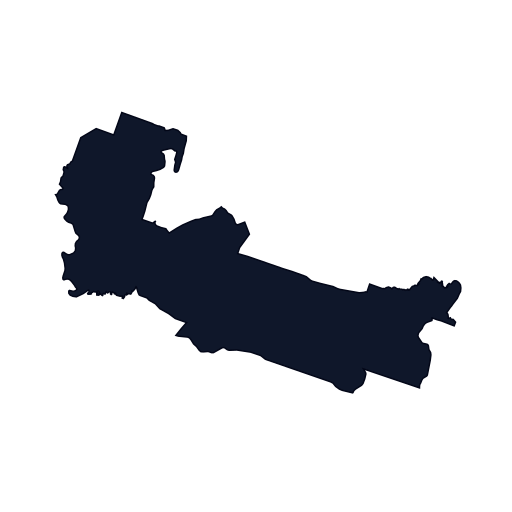 the district of Liverpool, New South Wales, Australia, rotated 190°
{"feature_id": "25037944B81685478885528", "entity_name": "Liverpool", "entity_type": "district", "adm_level": 2, "iso_a3": "AUS", "parent_name": "Australia", "parent_adm1": "New South Wales", "projection": "albers", "projection_center": [150.793, -33.953], "detail": "fine", "context": "isolated", "style": "filled", "palette": "ink", "viewbox_px": 512, "rotation_deg": 190, "n_neighbors": 0, "source": "geoboundaries", "source_scale": "gbopen_adm2", "svg_char_len": 6053}
<svg xmlns="http://www.w3.org/2000/svg" viewBox="0 0 512 512"><g transform="rotate(190 256 256)"><path d="M266.3,276.3L273.0,287.4L279.0,283.8L279.9,283.5L281.0,283.8L282.1,284.7L284.1,288.4L286.6,291.4L287.4,292.0L291.3,293.4L293.4,295.6L295.2,296.8L297.3,297.3L298.7,298.4L299.9,297.0L302.7,294.7L304.0,292.6L305.7,288.6L306.8,287.7L314.6,284.4L318.2,282.3L321.8,281.4L326.0,278.9L333.5,273.9L338.7,269.7L345.5,263.5L348.2,265.8L349.5,267.2L354.4,267.5L359.3,268.5L360.5,269.5L361.3,270.7L361.4,271.5L360.9,273.1L363.5,270.4L374.7,272.2L374.1,275.3L373.3,281.0L372.7,289.7L371.1,294.0L370.3,298.0L370.0,302.5L369.6,304.2L368.7,306.3L369.4,310.5L369.5,315.1L369.9,316.3L371.1,317.5L373.5,318.1L373.9,319.6L373.3,320.7L372.1,321.5L369.0,322.8L365.5,324.7L362.4,327.3L361.7,328.8L362.0,333.0L362.4,334.3L362.9,335.3L363.9,339.1L364.8,340.3L367.4,341.5L367.7,342.4L367.0,343.3L365.5,344.2L359.2,346.9L357.1,347.1L354.1,345.4L352.7,345.5L352.2,345.2L352.0,344.3L352.2,341.4L352.8,337.0L351.4,334.4L351.7,331.4L351.5,326.6L351.3,325.7L350.6,324.9L349.9,324.6L348.9,324.8L348.1,325.3L347.4,326.5L347.1,328.2L346.6,333.3L346.0,337.5L346.0,341.1L345.4,344.4L345.5,349.2L344.7,357.4L345.3,361.9L351.1,363.0L352.0,364.3L354.9,366.2L359.8,366.9L364.2,364.5L367.3,363.8L367.9,365.1L368.7,366.3L373.9,367.2L373.9,366.8L381.2,368.1L381.0,368.4L413.1,374.0L417.1,350.5L435.5,353.7L449.1,342.1L453.3,317.6L454.7,316.3L455.3,314.4L457.5,313.1L457.9,311.8L457.5,310.7L456.7,310.0L456.7,309.5L459.4,310.6L460.2,310.6L460.8,310.0L460.8,307.5L459.6,305.7L459.6,304.7L459.9,301.5L460.3,300.6L461.1,299.8L461.5,298.9L461.4,295.1L462.0,292.6L458.0,289.5L457.8,288.6L458.2,288.0L459.8,287.5L460.9,286.6L462.4,282.6L463.1,281.8L464.0,281.6L462.3,279.5L460.9,276.8L459.2,274.6L458.3,273.9L457.4,273.5L452.6,273.8L451.2,273.3L449.8,272.6L449.1,270.9L448.8,268.9L449.2,266.3L449.7,264.8L451.7,261.4L451.6,260.3L450.8,259.3L448.4,257.5L446.5,256.7L443.6,256.3L441.7,255.4L438.4,248.9L437.3,247.2L434.3,245.4L433.3,244.2L433.1,242.7L433.6,241.1L435.2,239.2L436.0,236.9L435.8,234.6L435.0,232.6L434.8,229.8L436.1,227.3L439.7,224.9L441.5,224.6L443.3,225.1L446.0,226.3L447.1,225.9L447.5,224.9L447.3,223.1L446.4,221.2L445.2,219.7L443.4,215.9L441.8,210.7L441.6,208.4L442.4,203.0L442.5,201.2L442.1,199.7L441.3,199.2L440.9,199.2L439.4,200.1L438.4,200.4L437.0,200.7L435.5,200.4L433.3,199.0L429.7,195.7L428.5,194.2L427.0,193.0L426.6,192.2L427.3,190.9L428.9,189.8L430.3,189.5L433.7,189.7L434.2,189.2L434.2,188.3L433.8,186.7L432.2,185.2L429.3,184.5L425.8,184.6L419.5,189.1L415.6,193.0L414.9,193.3L414.4,193.1L414.2,192.5L414.3,191.6L415.3,189.8L415.1,189.4L414.7,189.2L412.0,189.8L411.6,190.2L412.0,190.9L411.9,191.3L410.7,191.8L409.9,192.8L408.3,192.6L407.3,192.8L405.4,194.2L404.2,193.5L403.5,192.2L403.9,192.0L406.4,192.5L406.5,192.2L406.0,189.9L404.1,190.1L402.5,191.6L400.8,190.5L400.2,190.4L400.1,190.6L400.2,191.7L400.1,192.5L399.8,192.7L398.9,192.3L398.0,192.4L397.8,193.8L397.3,194.9L396.0,193.8L395.4,194.1L394.8,195.0L393.1,195.5L392.5,194.9L392.8,194.2L392.7,193.4L391.9,192.9L391.5,193.3L391.6,195.1L391.1,195.8L389.7,195.1L388.7,195.2L388.2,194.8L389.0,194.6L388.9,194.2L388.1,194.1L387.6,194.6L387.1,193.6L386.4,193.1L382.9,192.8L381.2,193.1L380.8,193.4L380.4,192.8L380.5,191.4L379.3,191.1L378.3,193.2L378.8,193.9L378.7,194.4L378.0,195.0L376.8,195.1L376.2,195.7L376.4,196.0L376.9,196.0L376.8,197.0L374.9,196.6L373.7,196.9L373.0,196.7L372.6,196.9L371.9,198.9L372.1,199.9L371.3,199.8L371.0,200.1L369.5,202.5L369.2,203.5L369.2,204.2L368.8,204.9L368.3,204.5L365.7,199.4L364.3,197.4L363.1,197.0L356.2,195.8L353.4,193.8L346.8,191.5L341.5,187.4L332.2,184.2L324.6,180.4L312.8,178.4L316.9,171.6L321.1,163.9L318.6,163.6L309.2,164.3L307.3,163.8L305.5,162.3L302.2,158.6L298.8,156.5L295.4,153.2L293.6,152.2L291.1,152.5L286.9,153.6L285.7,153.6L283.1,153.1L281.2,153.4L273.3,159.8L272.1,160.2L271.1,160.2L267.9,158.7L266.1,158.5L258.6,160.1L244.5,160.4L234.1,158.8L228.9,156.0L227.4,155.7L160.6,145.0L158.1,144.2L154.9,141.4L150.8,139.4L147.8,138.7L137.1,138.0L136.8,138.3L136.4,140.0L135.9,140.9L134.8,142.3L129.6,147.0L128.5,149.0L127.6,153.8L127.3,158.9L127.8,160.2L130.7,163.5L72.1,154.5L72.4,156.6L72.4,157.9L71.8,159.5L71.1,162.9L70.3,164.6L67.1,167.4L66.6,168.5L66.3,183.6L66.6,189.0L67.3,191.3L69.5,193.9L70.6,197.4L71.1,198.2L72.2,198.8L76.4,199.0L77.4,199.3L82.1,204.2L82.8,206.0L82.5,208.7L80.1,212.8L79.7,213.8L79.3,215.8L78.3,218.0L77.4,219.3L75.9,220.5L71.7,222.9L71.5,223.3L71.8,225.6L66.7,224.7L62.3,224.3L48.7,221.6L48.0,225.5L50.8,227.8L52.8,227.5L53.9,228.9L55.6,227.8L55.9,227.9L56.0,229.1L56.8,231.7L57.6,232.8L58.5,233.2L55.6,239.3L54.8,240.6L53.9,242.6L50.4,249.3L49.2,254.3L48.4,256.5L48.7,260.1L49.6,262.9L51.0,264.5L52.8,265.7L54.3,266.3L56.0,266.2L57.1,265.5L58.0,264.1L58.6,262.6L59.1,262.2L59.9,262.1L61.0,262.5L61.3,262.1L62.3,260.9L61.9,259.5L63.0,259.4L62.9,258.8L62.4,258.3L63.1,257.7L64.1,257.8L64.6,257.2L66.4,258.7L66.5,258.4L66.9,258.5L67.4,259.3L67.9,259.1L67.9,260.1L67.4,260.2L67.3,260.6L68.0,261.9L68.0,263.0L68.5,263.5L69.0,263.4L69.3,262.6L69.2,262.0L70.2,261.9L70.2,261.1L70.7,260.9L71.0,261.7L72.2,261.6L71.9,262.0L77.0,265.7L77.2,263.9L77.7,262.9L78.8,263.3L79.1,263.8L79.7,263.9L79.9,264.3L80.6,264.3L82.3,265.1L84.8,265.2L87.1,264.1L88.1,263.1L88.3,262.4L88.9,262.1L89.4,262.2L89.8,260.3L91.7,257.1L91.8,256.1L91.0,256.3L91.4,255.7L92.2,254.8L93.8,254.9L94.2,254.5L94.8,254.6L95.1,254.0L96.8,253.2L98.9,249.5L98.8,249.4L99.3,248.8L100.1,248.8L100.3,249.1L100.1,249.5L100.7,249.7L101.1,249.6L101.6,248.7L102.9,248.6L103.2,248.1L104.5,248.8L105.6,248.2L106.4,248.6L108.8,248.3L109.4,248.7L110.1,247.9L110.7,248.3L112.2,248.4L113.0,249.1L114.6,249.3L115.6,248.7L116.0,247.7L116.5,247.2L117.5,247.9L120.1,248.5L122.3,247.4L123.4,246.2L125.0,246.1L125.9,245.8L139.2,248.1L140.5,239.6L141.6,239.8L143.6,238.9L147.9,237.7L167.5,237.7L170.1,238.0L174.8,239.3L188.5,240.2L196.3,241.0L198.0,241.5L202.8,244.3L204.5,244.7L217.8,247.0L227.3,248.2L264.0,254.1L274.5,255.2L273.6,261.4L266.3,276.3Z" fill="#0f172a" stroke="#020617" stroke-width="1.5"/></g></svg>